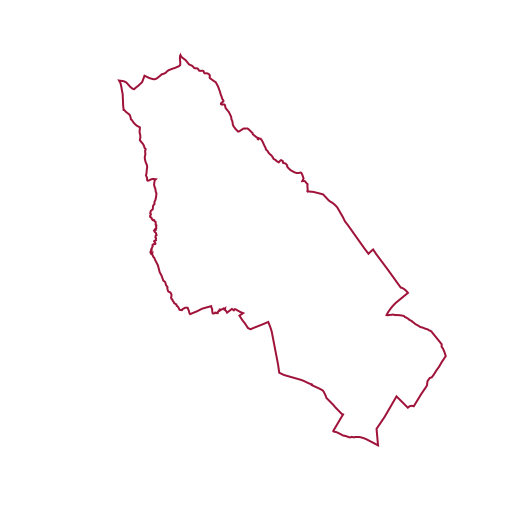 outline of Faraoani, Bacau, Romania, rotated 47°
{"feature_id": "2599482B40423356180677", "entity_name": "Faraoani", "entity_type": "district", "adm_level": 2, "iso_a3": "ROU", "parent_name": "Romania", "parent_adm1": "Bacau", "projection": "orthographic", "projection_center": [26.881, 46.431], "detail": "fine", "context": "isolated", "style": "outline", "palette": "rose", "viewbox_px": 512, "rotation_deg": 47, "n_neighbors": 0, "source": "geoboundaries", "source_scale": "gbopen_adm2", "svg_char_len": 6037}
<svg xmlns="http://www.w3.org/2000/svg" viewBox="0 0 512 512"><g transform="rotate(47 256 256)"><path d="M477.7,295.9L464.6,285.7L461.4,271.7L454.5,249.0L470.5,248.4L470.6,246.3L471.8,244.2L473.5,243.1L469.7,229.5L467.5,219.9L466.8,218.6L466.0,217.8L464.5,215.9L463.7,212.1L464.6,210.3L464.1,207.3L462.6,201.6L461.9,197.9L460.3,192.7L458.6,185.5L454.8,183.7L451.5,182.5L448.9,182.1L447.2,180.4L430.7,179.2L429.4,179.6L428.7,180.0L426.7,180.5L424.2,182.0L423.1,182.4L421.7,183.1L420.2,184.2L416.7,185.1L415.6,185.6L413.1,186.1L411.6,186.2L410.5,186.6L409.7,186.4L408.7,186.9L406.7,187.5L406.1,187.4L403.2,188.2L402.2,188.7L401.0,188.7L400.1,189.1L397.4,191.2L394.5,194.0L394.2,194.5L392.4,195.6L388.9,200.4L388.2,200.8L387.2,197.7L386.4,194.1L385.9,191.0L385.7,188.2L385.6,185.6L386.6,170.0L383.7,169.9L380.8,170.3L378.6,171.1L377.8,171.7L355.9,168.9L336.7,166.8L331.1,165.9L331.0,167.7L331.0,170.6L331.1,172.2L324.8,171.6L296.5,167.8L291.2,167.3L286.7,165.9L275.8,163.4L272.8,163.4L270.1,163.7L268.5,164.0L267.3,164.5L265.0,164.9L256.7,164.9L251.5,168.2L248.0,170.5L245.8,172.6L245.5,172.7L244.5,173.5L244.3,173.8L244.3,174.2L243.8,174.3L242.4,172.7L240.0,170.8L239.0,169.8L238.9,169.5L238.4,169.2L237.6,169.4L234.7,169.2L234.0,169.6L232.8,171.1L231.7,168.3L228.3,166.8L226.8,166.3L225.9,166.2L225.2,166.7L224.5,168.0L223.2,169.6L221.0,170.8L216.8,172.2L212.6,172.4L211.7,172.1L211.2,171.5L210.8,171.4L209.0,171.3L208.6,171.3L207.6,171.9L206.4,172.7L205.8,172.5L205.0,171.7L203.1,172.2L202.8,172.6L202.8,173.4L203.0,175.5L200.7,176.2L199.0,176.2L197.3,176.9L196.8,176.9L195.6,176.5L193.0,176.1L191.2,176.4L189.1,176.4L186.8,175.9L184.9,176.1L183.8,175.4L180.0,174.3L177.6,173.4L174.6,172.7L173.4,172.7L171.9,173.8L171.7,174.2L172.1,174.8L171.7,175.0L171.2,174.6L171.0,174.0L170.3,174.4L169.2,174.7L164.8,175.3L163.7,174.7L157.9,175.0L156.8,175.4L156.0,176.2L155.4,177.2L154.6,177.7L154.4,178.0L154.2,178.6L153.6,181.9L153.5,182.7L153.3,183.5L152.7,184.3L148.9,184.3L145.6,183.9L143.7,183.1L142.6,182.2L140.8,181.2L139.2,180.7L137.2,179.2L132.3,177.7L127.0,177.3L124.4,175.8L123.8,175.8L123.2,176.1L122.3,177.4L121.6,178.0L120.9,178.0L120.6,177.7L120.4,176.8L120.7,174.6L120.5,174.1L120.0,173.8L118.0,173.5L116.0,172.5L113.4,171.5L111.5,170.4L106.0,168.1L101.4,166.9L99.3,167.5L94.5,168.4L93.8,168.2L92.9,167.0L92.1,166.5L90.9,166.5L89.4,166.9L87.3,169.0L86.6,169.0L85.4,168.4L84.8,168.3L84.0,168.8L82.5,170.6L81.6,171.2L79.7,170.8L78.7,171.0L77.3,172.4L76.5,173.0L74.2,172.9L72.9,173.1L70.9,174.1L69.9,174.3L64.8,173.9L60.3,174.7L58.7,174.6L57.5,174.2L57.9,175.1L59.8,177.1L63.2,179.7L64.7,181.3L64.6,182.9L63.4,186.4L61.9,189.8L60.5,193.3L60.3,194.9L60.4,197.2L59.5,200.0L58.8,200.9L58.8,203.2L58.5,207.1L58.2,208.3L57.7,209.5L56.4,210.7L53.2,212.6L48.1,214.6L50.7,219.7L51.2,220.9L51.2,226.1L50.9,228.8L50.9,231.4L48.9,232.4L48.4,232.3L46.9,232.6L40.6,232.5L38.0,233.5L34.3,236.5L36.9,237.1L39.6,238.6L46.9,243.3L55.2,250.4L58.9,253.2L59.2,252.8L62.1,252.8L66.5,252.1L69.2,253.2L70.6,254.2L72.1,254.1L75.3,254.6L79.1,254.4L82.7,253.2L83.7,254.1L85.1,255.8L86.7,257.2L88.2,257.9L90.1,259.4L90.8,260.1L91.4,261.2L92.2,262.0L97.4,262.3L99.5,263.0L100.9,263.8L102.3,263.7L102.7,263.9L103.4,265.3L106.3,267.7L107.4,269.4L108.7,270.7L109.9,271.5L112.3,272.8L114.7,273.6L116.5,274.7L118.5,277.1L120.6,279.4L122.0,281.5L124.3,282.3L126.4,283.9L127.1,283.8L127.6,283.1L128.4,280.5L129.3,278.8L131.5,277.0L131.5,278.1L131.6,278.6L134.4,282.0L136.6,283.2L138.3,283.8L140.5,285.4L142.3,286.1L144.8,289.0L145.5,290.1L146.1,290.8L147.4,293.7L148.8,294.8L148.9,296.5L149.3,297.3L151.4,299.6L151.3,301.9L151.5,302.7L152.7,304.2L153.1,304.1L154.0,304.6L154.2,305.8L154.8,306.5L155.7,306.8L156.5,306.3L157.9,306.9L159.4,307.0L159.7,306.9L159.9,306.1L160.4,306.0L160.8,306.4L162.7,306.2L164.8,308.1L165.1,308.1L165.5,307.9L166.1,308.4L166.4,309.1L166.9,309.5L167.7,309.9L167.8,310.5L167.6,311.2L168.5,311.4L168.3,311.9L167.8,312.5L167.8,313.2L169.5,313.6L170.6,313.4L172.9,314.5L172.7,315.1L172.8,315.7L173.6,316.7L174.0,317.0L174.6,316.9L175.0,317.1L175.5,317.9L176.3,318.5L176.0,319.6L175.6,320.1L175.8,320.5L178.0,320.9L178.4,321.2L178.5,321.6L178.4,321.9L177.6,322.6L177.3,323.5L177.4,324.3L178.4,324.9L179.4,327.2L179.5,327.9L180.0,328.5L180.6,328.3L180.9,328.6L181.1,328.9L180.8,329.9L181.0,330.4L181.4,330.8L181.8,331.0L182.4,330.9L183.0,329.6L183.3,330.0L183.2,331.0L183.3,331.2L184.1,330.9L185.6,331.2L186.5,331.7L187.9,331.6L189.8,332.4L195.9,334.1L202.2,337.5L206.0,338.5L210.9,340.6L212.6,340.2L213.4,340.3L215.8,341.6L216.8,341.8L217.8,341.8L218.5,342.0L218.9,342.7L220.1,343.5L222.0,344.3L222.7,344.2L224.0,343.5L226.1,343.9L226.8,344.3L227.9,345.5L228.5,346.5L229.5,347.0L230.8,346.8L231.4,347.3L232.0,347.5L233.6,347.5L234.6,348.0L237.1,347.3L238.4,348.0L239.1,347.7L239.7,347.7L241.7,348.1L243.3,348.6L245.1,347.1L244.8,346.0L245.5,343.1L247.2,341.3L250.3,342.5L252.3,343.6L253.6,343.8L256.3,336.6L257.8,331.3L262.1,323.0L263.4,323.8L264.8,324.1L265.4,324.8L267.9,326.6L268.7,326.7L269.2,326.2L269.6,325.3L269.7,324.7L269.6,324.4L270.5,324.1L270.5,323.9L271.7,323.0L271.5,322.6L270.9,322.2L270.9,321.4L270.7,320.9L271.2,320.2L270.7,319.8L270.8,319.4L270.4,319.0L271.0,318.5L271.4,318.5L272.0,316.6L272.3,315.3L273.4,315.6L273.4,314.6L274.0,315.4L276.1,315.4L277.7,315.8L278.3,309.7L280.6,309.3L280.4,308.3L280.4,307.7L280.6,307.5L286.4,305.6L289.0,304.4L288.3,308.8L294.1,309.8L297.2,310.0L303.3,311.0L305.9,309.9L306.8,307.2L311.1,296.2L312.6,292.0L318.1,294.2L321.9,296.0L350.3,313.8L357.2,318.6L362.1,316.7L377.2,307.6L379.6,306.4L385.7,304.0L387.5,302.9L388.1,302.7L388.4,303.3L396.2,300.1L399.7,298.9L401.2,299.0L403.6,299.7L405.4,300.2L407.8,301.3L417.6,301.0L420.9,301.2L429.8,301.0L431.3,300.4L431.9,302.7L436.6,318.7L436.7,318.9L437.6,318.8L439.5,317.4L441.3,316.6L445.5,315.1L446.4,314.9L447.1,314.5L447.5,314.0L448.1,313.8L448.7,313.3L451.0,312.0L451.4,312.0L453.2,310.5L453.4,309.5L455.7,307.8L455.9,307.0L458.5,304.2L460.5,302.7L463.2,301.2L465.4,300.2L477.7,295.9Z" fill="none" stroke="#9f1239" stroke-width="2"/></g></svg>